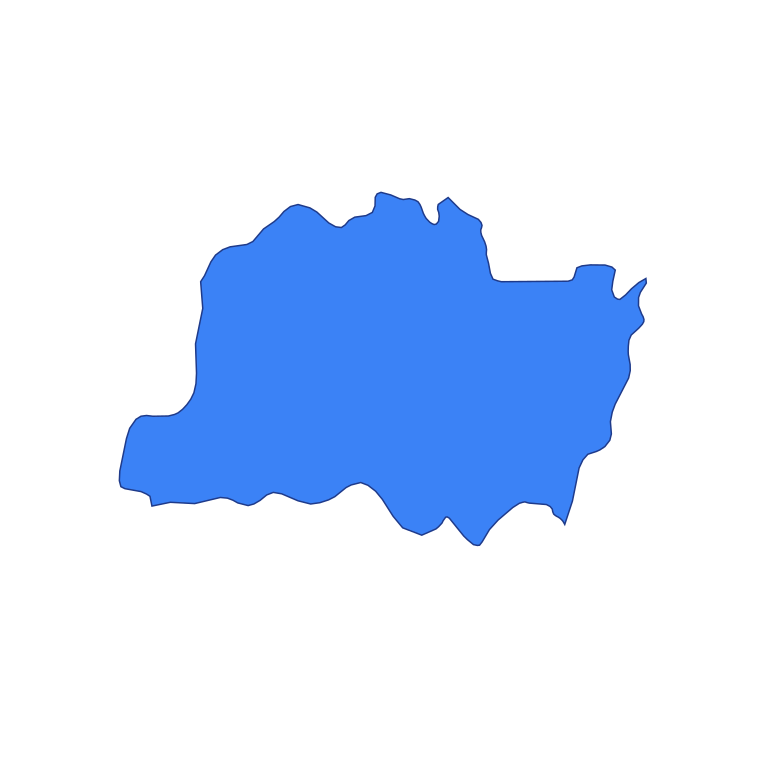 Mascara, Equal Earth projection, rotated 157°
{"feature_id": "DZA-2201", "entity_name": "Mascara", "entity_type": "Province", "adm_level": 1, "iso_a3": "DZA", "parent_name": "Algeria", "parent_adm1": "", "projection": "equal_earth", "projection_center": [0.055, 35.403], "detail": "fine", "context": "isolated", "style": "filled", "palette": "blue", "viewbox_px": 768, "rotation_deg": 157, "n_neighbors": 0, "source": "natural_earth", "source_scale": "10m", "svg_char_len": 2595}
<svg xmlns="http://www.w3.org/2000/svg" viewBox="0 0 768 768"><g transform="rotate(157 384 384)"><path d="M408.3,230.1L423.0,244.3L427.3,258.7L430.6,278.5L433.6,288.6L438.3,297.0L443.9,302.4L453.6,303.9L459.3,303.5L473.3,299.5L480.3,299.0L489.4,299.8L498.4,302.2L508.8,310.1L521.1,322.9L528.3,327.5L535.3,327.7L543.5,325.3L550.6,324.4L556.6,325.2L565.1,331.7L568.5,336.1L572.7,340.1L579.0,343.5L605.0,347.9L626.9,358.6L645.3,362.3L643.3,372.1L645.6,375.5L649.7,379.9L663.4,388.9L666.3,392.3L665.4,398.4L661.2,407.1L642.4,434.4L635.4,442.6L626.1,448.4L620.3,449.3L614.9,447.8L609.3,444.6L595.0,438.8L588.7,437.8L584.8,437.9L579.3,439.4L573.5,442.0L567.8,445.5L562.4,450.2L557.0,457.7L552.4,467.1L541.8,494.6L521.3,524.4L512.8,549.8L506.9,553.8L495.6,564.1L488.7,568.5L480.0,570.7L472.1,570.4L455.7,566.0L449.0,566.4L434.3,573.8L421.6,576.4L415.3,578.6L408.7,581.9L400.8,583.9L393.0,582.8L383.4,575.1L378.6,568.5L371.9,553.8L367.1,547.6L362.1,544.7L357.6,545.6L352.5,548.2L345.7,549.0L334.7,546.0L327.7,546.5L322.7,551.4L319.1,559.3L316.0,561.7L311.9,561.6L303.9,555.4L297.2,548.4L294.2,546.3L288.2,544.7L283.7,541.3L281.5,538.5L280.8,535.3L280.7,532.2L281.1,525.7L280.9,522.7L280.5,519.9L278.7,515.1L277.3,513.0L275.6,511.2L273.3,510.8L270.2,512.4L267.6,516.9L266.6,520.5L266.4,523.8L265.3,526.2L263.9,528.1L252.1,530.6L245.8,515.0L240.5,507.2L232.8,498.7L231.6,494.8L231.8,491.7L233.2,489.7L234.7,488.1L235.6,485.8L236.1,482.6L235.8,475.6L236.2,471.0L237.1,467.6L238.3,465.3L239.3,463.1L240.6,454.3L242.8,444.3L242.7,437.9L239.0,434.5L236.0,432.3L174.4,406.7L170.0,406.3L167.2,408.2L161.0,415.6L155.7,415.4L147.5,413.0L134.0,407.1L128.5,402.6L126.6,398.5L133.2,389.2L137.6,381.7L138.0,374.1L135.8,370.8L133.8,369.7L126.8,371.6L118.9,375.0L109.8,377.8L101.7,378.8L103.1,374.4L112.2,368.2L115.9,364.1L119.2,356.5L119.5,347.8L119.2,344.7L119.5,341.8L120.5,339.9L122.8,338.1L127.6,335.9L137.3,332.5L141.4,328.6L144.3,323.4L146.5,318.6L147.6,315.6L149.8,305.8L152.1,300.1L156.5,293.9L179.1,275.1L184.9,268.9L190.3,260.9L194.2,249.2L198.1,244.0L205.1,240.1L210.9,239.0L214.8,238.9L223.8,239.7L230.5,236.5L237.2,230.5L256.3,202.6L272.5,184.1L272.9,187.6L273.5,189.5L274.5,191.7L275.7,193.5L276.8,194.8L277.7,196.1L278.6,197.9L278.6,200.4L278.0,203.1L278.9,206.3L281.6,209.6L296.8,217.6L298.7,219.0L300.3,220.4L302.4,220.9L306.0,221.3L313.7,220.0L332.1,214.2L343.8,208.8L355.4,200.3L359.0,198.3L361.1,198.9L364.4,201.2L368.0,208.1L370.0,212.9L376.3,235.0L377.8,237.0L379.3,237.3L382.9,235.1L385.0,233.3L389.5,231.3L392.7,230.3L408.3,230.1Z" fill="#3b82f6" stroke="#1e3a8a" stroke-width="1.5"/></g></svg>